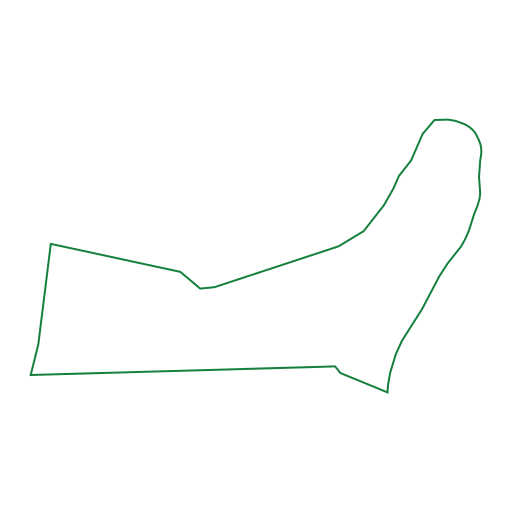 map outline of Bani Suwayf (Equal Earth projection)
{"feature_id": "EGY-1546", "entity_name": "Bani Suwayf", "entity_type": "Governorate", "adm_level": 1, "iso_a3": "EGY", "parent_name": "Egypt", "parent_adm1": "", "projection": "equal_earth", "projection_center": [30.952, 29.058], "detail": "fine", "context": "isolated", "style": "outline", "palette": "green", "viewbox_px": 512, "rotation_deg": 0, "n_neighbors": 0, "source": "natural_earth", "source_scale": "10m", "svg_char_len": 676}
<svg xmlns="http://www.w3.org/2000/svg" viewBox="0 0 512 512"><path d="M200.2,288.6L214.4,287.2L338.6,246.3L363.7,231.1L384.0,205.1L393.4,188.5L398.9,176.0L411.1,160.5L422.6,134.0L434.5,120.0L447.9,119.6L455.6,120.9L464.4,124.1L468.9,126.7L471.5,128.8L474.1,131.4L476.1,134.4L478.9,140.2L480.4,144.2L481.2,148.2L481.3,152.5L481.0,155.7L480.2,160.3L479.0,177.1L480.2,192.8L479.6,198.5L477.5,205.8L474.1,214.2L468.9,230.6L465.1,239.3L461.0,246.6L447.7,263.3L439.3,276.3L422.1,309.0L402.1,340.5L395.8,354.2L390.2,372.6L388.1,384.4L387.5,392.4L340.5,373.1L335.1,366.4L30.7,375.0L38.3,344.5L50.8,243.9L180.4,271.9L200.2,288.6Z" fill="none" stroke="#15803d" stroke-width="2"/></svg>